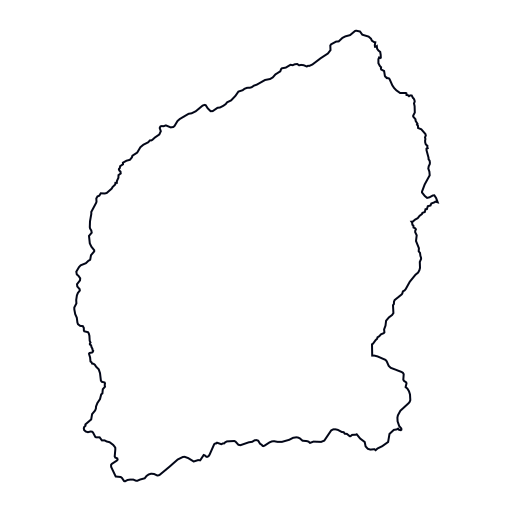 the district of Mecuburi, Nampula, Mozambique
{"feature_id": "85939544B36345946298130", "entity_name": "Mecuburi", "entity_type": "district", "adm_level": 2, "iso_a3": "MOZ", "parent_name": "Mozambique", "parent_adm1": "Nampula", "projection": "orthographic", "projection_center": [38.95, -14.45], "detail": "fine", "context": "isolated", "style": "outline", "palette": "ink", "viewbox_px": 512, "rotation_deg": 0, "n_neighbors": 0, "source": "geoboundaries", "source_scale": "gbopen_adm2", "svg_char_len": 5951}
<svg xmlns="http://www.w3.org/2000/svg" viewBox="0 0 512 512"><path d="M375.3,42.3L374.1,42.1L371.9,40.7L371.0,38.7L368.6,36.6L362.3,34.7L360.0,31.5L356.1,30.7L355.0,31.0L350.1,35.1L345.3,36.4L342.4,37.9L338.7,41.4L336.1,41.6L331.1,44.3L330.3,45.5L330.5,50.1L327.9,53.5L320.7,58.2L312.4,64.5L309.3,65.9L308.0,65.8L306.8,66.5L303.6,65.2L301.1,64.9L299.1,65.3L297.2,64.0L294.7,64.3L292.7,65.2L290.5,64.8L285.8,67.6L281.9,68.3L281.1,69.1L280.3,71.3L275.4,74.4L272.8,77.4L270.1,79.0L265.0,80.0L256.7,84.7L254.0,85.6L251.7,87.2L250.0,87.7L247.1,87.8L244.5,88.8L242.7,90.2L238.4,91.6L235.4,95.9L231.1,100.4L227.1,102.3L225.7,104.1L223.3,105.8L220.0,107.5L217.5,107.8L212.7,111.1L210.6,111.2L207.7,108.3L205.7,105.2L204.7,104.9L203.7,105.2L202.6,105.6L195.7,111.3L191.6,113.3L188.6,113.8L179.9,118.9L177.5,121.0L174.5,126.0L173.3,127.0L170.7,127.4L165.9,125.4L163.6,126.2L161.2,126.1L160.3,126.6L159.7,128.0L160.8,131.2L159.3,134.5L154.9,137.5L152.4,139.8L151.4,140.4L149.9,140.4L148.2,142.3L143.4,144.7L140.4,147.2L137.2,152.6L132.4,155.7L131.9,157.4L129.9,159.8L126.5,160.7L122.9,162.7L123.0,164.3L120.2,166.1L119.7,168.3L119.0,168.9L118.9,169.5L119.4,170.6L120.5,171.6L120.7,173.5L118.5,175.1L118.4,177.8L116.9,181.0L116.8,182.9L115.4,182.9L115.2,184.5L112.6,187.0L111.7,188.6L106.7,193.0L104.7,193.5L100.8,193.3L99.3,195.7L97.5,196.4L96.3,198.5L96.5,201.6L96.2,202.7L91.3,211.9L91.3,213.9L90.0,221.3L89.8,227.2L90.1,228.6L91.3,230.5L91.7,232.7L89.0,235.9L89.8,243.4L91.4,246.7L94.2,250.2L94.2,251.4L91.0,255.2L90.2,259.6L89.9,260.0L88.5,260.7L85.9,263.2L80.7,265.3L79.0,267.1L76.3,271.7L76.8,274.4L78.5,275.9L80.2,278.3L80.0,280.4L77.0,284.2L77.3,286.5L79.6,289.1L79.8,290.6L77.9,292.9L76.9,295.4L76.2,300.0L76.4,303.4L74.3,307.5L74.3,309.3L75.2,314.1L76.8,317.7L77.4,322.5L78.0,324.2L80.2,325.9L82.8,326.1L83.8,327.9L83.9,330.6L84.3,331.3L88.0,332.2L88.8,333.5L89.4,335.8L89.7,340.8L90.5,342.6L89.9,343.4L89.9,344.5L91.1,345.3L91.5,347.1L92.4,348.7L92.5,349.9L93.2,350.8L92.9,351.7L92.1,352.5L89.5,353.0L89.0,353.8L90.1,357.5L90.5,361.5L91.6,362.4L92.1,363.6L93.5,363.8L94.8,364.7L96.1,366.7L98.7,369.3L100.0,373.1L100.9,380.6L101.8,381.8L104.6,382.5L105.0,383.4L104.7,385.1L105.0,386.7L102.8,389.2L102.4,393.4L101.2,394.4L100.0,399.1L97.4,403.0L96.0,406.6L95.9,408.5L95.1,410.5L92.1,414.1L91.2,419.4L85.4,424.4L85.5,425.7L84.2,427.0L83.8,428.2L84.1,430.0L85.7,431.5L87.9,432.2L90.6,431.5L92.1,431.7L93.0,432.5L95.3,436.9L96.1,437.3L99.6,437.3L101.9,440.4L104.6,440.4L106.7,441.5L109.6,442.2L113.2,444.9L114.7,446.8L115.3,447.8L115.3,449.7L114.7,456.4L115.3,457.6L117.3,458.4L117.6,459.7L116.7,460.7L111.8,463.9L111.1,464.8L111.1,466.1L111.2,467.0L115.7,476.5L120.7,477.0L121.9,477.9L124.1,481.1L125.0,481.3L127.5,480.0L130.1,479.6L133.3,479.6L135.9,480.7L137.2,480.8L140.2,479.5L144.7,478.3L146.5,476.0L148.6,474.5L151.1,473.7L154.1,474.0L157.3,475.5L158.7,475.3L159.6,474.9L169.5,466.7L177.7,459.5L182.8,457.0L184.6,456.8L188.2,458.1L193.7,461.5L198.1,460.1L200.2,460.3L203.7,455.0L204.8,455.4L206.4,456.8L207.5,456.8L208.7,456.0L209.6,454.6L214.2,444.2L215.4,443.4L216.3,443.4L217.0,442.7L221.3,444.2L223.0,443.4L224.2,443.4L225.2,442.3L227.0,441.4L234.3,441.0L235.5,441.6L238.4,444.8L240.4,445.2L248.8,442.3L252.2,441.8L254.6,440.3L256.5,440.1L258.2,440.7L260.0,443.7L261.7,444.8L262.6,445.9L263.3,446.1L264.6,445.6L269.5,442.4L271.9,441.4L274.1,441.2L277.7,441.9L281.8,441.9L289.2,439.8L293.1,437.8L296.4,437.3L298.2,437.6L299.9,438.4L302.5,440.7L306.8,441.1L308.5,441.6L310.0,442.9L313.5,441.6L321.1,441.9L324.3,440.6L331.2,430.4L333.4,429.3L335.4,429.3L337.9,429.9L341.8,432.0L343.7,432.2L344.7,433.7L346.9,433.9L349.7,436.2L350.5,436.2L352.1,434.9L355.8,434.7L356.7,434.3L360.1,438.5L364.7,442.0L365.6,446.4L367.8,448.8L370.4,449.6L374.4,449.2L375.6,450.2L377.5,448.5L382.2,446.2L388.1,442.0L389.5,433.9L393.8,429.9L396.8,429.4L398.1,428.6L399.0,429.8L400.8,430.2L401.4,429.7L401.3,428.5L399.2,426.0L397.6,421.4L397.4,417.7L397.9,415.3L400.4,410.7L408.7,403.1L409.7,401.8L410.3,400.1L410.0,394.5L409.0,391.3L407.4,388.6L405.6,387.1L406.5,383.4L406.2,382.4L404.0,380.9L403.3,379.7L403.7,374.2L402.9,372.8L401.6,372.0L390.7,367.8L388.7,365.9L386.7,361.3L385.5,359.9L377.5,356.4L374.3,355.6L372.2,355.6L372.0,344.3L373.0,343.7L375.7,340.0L377.1,338.8L377.5,337.3L379.2,336.3L381.0,334.3L383.7,333.2L384.4,332.4L384.1,329.4L385.5,325.6L386.1,320.7L388.9,317.4L392.1,315.0L393.4,313.1L393.0,305.2L393.9,304.0L394.0,301.6L394.7,300.0L401.7,294.4L402.3,293.5L402.9,291.4L404.6,290.4L405.7,289.1L409.8,281.7L415.5,274.7L418.1,272.6L419.4,270.2L420.0,267.9L419.8,261.9L421.1,258.9L421.0,257.6L420.4,255.9L420.0,252.9L418.7,251.3L418.9,248.2L416.0,241.0L416.7,235.3L415.2,232.2L415.2,230.9L415.9,229.3L415.2,228.3L413.5,227.5L413.4,225.6L412.4,224.8L412.1,222.6L411.5,221.7L412.8,221.6L415.1,219.6L417.7,218.2L419.6,215.8L421.9,214.1L422.4,212.9L424.8,212.0L425.5,209.2L426.9,209.1L427.8,206.2L430.5,205.5L431.3,203.5L434.5,202.3L435.4,201.6L437.7,202.3L436.1,198.0L434.3,195.3L432.8,195.5L429.5,197.3L427.1,197.9L424.8,196.0L422.0,192.5L422.0,191.6L424.7,184.4L429.7,175.3L429.4,171.7L428.3,168.6L428.7,166.3L429.8,164.0L429.9,162.6L429.6,160.7L428.6,159.3L428.5,157.6L426.5,150.2L426.5,148.7L427.7,148.2L427.3,147.1L427.4,145.8L425.8,144.4L425.2,142.5L425.1,140.6L425.4,139.0L425.0,137.4L425.8,135.5L425.4,134.0L421.3,129.3L418.1,128.0L417.9,125.6L417.0,124.7L417.5,123.9L415.6,120.8L415.5,119.3L413.2,116.6L413.2,115.6L414.8,112.5L414.6,106.1L414.0,103.4L414.7,101.6L414.5,100.3L413.7,98.5L413.0,98.0L411.7,95.5L410.2,95.4L409.0,96.2L407.8,95.1L406.5,95.0L406.4,93.3L405.9,93.0L400.1,93.0L396.3,90.3L394.1,88.0L392.3,85.3L389.6,79.2L388.8,78.3L386.7,78.1L386.6,77.5L385.5,76.9L384.9,76.0L384.1,71.0L381.2,69.5L380.9,68.7L381.1,67.3L379.8,65.9L378.4,63.2L378.4,59.2L379.1,57.5L380.1,58.1L380.8,57.7L380.7,54.9L380.2,51.9L378.4,50.5L377.1,48.7L376.8,46.1L375.8,46.8L375.0,46.8L374.8,45.1L375.3,42.3Z" fill="none" stroke="#020617" stroke-width="2"/></svg>